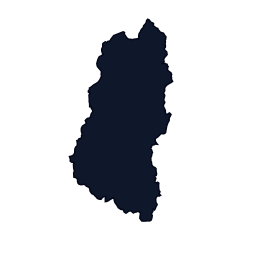 outline of Santa Tereza de Goiás, Goiás, Brazil, rotated 159°
{"feature_id": "56859067B61245198999160", "entity_name": "Santa Tereza de Goiás", "entity_type": "district", "adm_level": 2, "iso_a3": "BRA", "parent_name": "Brazil", "parent_adm1": "Goiás", "projection": "mercator", "projection_center": [-48.989, -13.559], "detail": "fine", "context": "isolated", "style": "filled", "palette": "ink", "viewbox_px": 256, "rotation_deg": 159, "n_neighbors": 0, "source": "geoboundaries", "source_scale": "gbopen_adm2", "svg_char_len": 3805}
<svg xmlns="http://www.w3.org/2000/svg" viewBox="0 0 256 256"><g transform="rotate(159 128 128)"><path d="M124.9,209.4L125.1,205.5L127.1,205.0L129.1,204.9L130.5,203.8L132.1,202.0L134.1,199.2L134.5,196.5L134.1,195.1L133.4,193.1L132.9,191.9L132.6,190.2L133.3,188.7L133.9,187.4L134.1,186.0L136.3,183.7L137.4,182.8L139.2,181.6L141.5,181.0L144.2,180.6L146.2,180.0L147.5,179.5L149.7,179.1L150.1,177.6L151.6,177.0L152.1,175.7L150.9,174.4L152.6,172.8L153.3,170.5L154.0,168.3L154.8,166.5L155.0,164.8L155.5,163.3L156.2,161.6L154.7,160.5L155.2,159.1L154.6,157.9L154.9,156.0L157.3,154.3L158.7,152.3L160.5,150.9L161.7,151.5L163.5,151.2L165.2,150.3L165.2,148.5L165.5,146.9L167.2,146.7L169.8,146.1L171.6,144.5L172.6,142.1L172.9,140.3L172.8,138.9L174.1,137.6L174.5,136.3L175.4,135.3L177.7,135.5L179.0,134.4L180.3,134.5L180.7,132.1L181.7,129.7L183.6,129.0L185.0,127.6L186.7,123.9L188.4,122.3L190.7,122.0L192.9,122.3L193.0,119.5L193.8,117.9L192.9,116.3L191.7,115.7L190.6,115.0L191.8,113.9L192.6,111.5L193.1,109.9L193.4,107.1L194.9,105.4L196.1,101.5L194.2,100.1L193.5,98.3L194.3,95.9L194.4,94.4L193.8,93.0L192.2,91.9L190.6,91.5L189.2,91.2L188.2,90.0L187.7,88.6L186.8,87.7L185.6,86.4L185.5,84.6L186.0,83.0L185.7,81.0L185.1,79.4L183.7,78.2L183.3,76.8L182.4,75.0L181.9,73.3L180.6,72.0L178.8,71.1L176.4,72.5L174.8,72.4L173.3,72.0L174.6,70.0L175.0,68.8L175.6,67.4L174.3,67.1L172.8,67.1L170.7,67.6L168.7,67.9L167.0,68.1L166.3,66.4L166.8,65.2L166.9,63.1L166.1,60.1L165.6,57.1L164.8,55.9L164.0,54.7L162.9,54.1L161.7,53.6L161.7,51.0L160.4,49.2L158.7,49.6L156.8,50.2L154.8,49.4L153.5,46.8L151.6,46.9L150.3,46.6L148.8,46.8L147.5,45.5L146.9,44.1L147.6,42.7L148.5,41.2L149.3,39.4L148.9,37.7L148.5,36.3L147.3,35.7L145.1,34.9L142.9,34.3L141.1,33.5L139.6,33.6L138.1,35.2L136.8,37.5L136.8,39.5L135.8,40.4L134.8,41.1L133.5,43.3L132.6,42.0L131.4,43.0L130.2,44.4L129.1,45.2L128.2,46.2L128.6,48.6L127.7,51.6L126.6,53.2L124.6,54.1L123.4,53.3L121.7,53.5L122.5,55.2L121.0,57.1L121.4,58.8L120.9,60.9L120.2,62.9L119.7,64.2L119.0,65.5L119.7,66.7L121.7,66.8L122.3,68.2L121.2,69.7L120.0,71.1L120.6,72.3L120.3,73.6L118.7,73.6L117.7,75.0L117.6,76.4L117.0,78.5L116.4,80.1L117.1,81.6L118.6,83.0L119.0,85.3L118.3,87.9L118.4,89.3L117.9,90.5L117.4,92.2L116.1,93.4L114.9,95.4L113.9,96.4L114.0,97.7L113.8,99.0L114.4,100.8L112.8,102.0L111.6,103.5L110.1,103.0L108.1,103.2L106.4,102.3L107.0,104.3L107.2,106.1L106.5,108.3L103.4,109.0L100.7,110.2L99.4,111.0L96.5,109.7L94.6,110.2L93.3,112.5L92.1,114.4L91.1,116.1L89.7,117.6L88.8,118.8L87.4,119.7L86.6,120.8L86.1,122.4L84.6,123.7L83.0,125.2L83.9,127.2L85.7,126.9L87.1,126.5L87.7,128.1L87.3,129.7L86.8,131.3L87.1,133.8L87.1,135.8L86.5,137.0L85.3,137.9L84.4,138.9L84.8,140.6L84.1,142.3L82.9,143.9L82.1,145.0L82.0,146.3L82.6,147.9L81.2,148.8L80.3,149.8L79.7,151.7L78.9,152.8L77.6,153.6L76.0,154.3L74.4,154.6L72.9,154.9L71.3,155.0L69.6,155.6L70.0,158.0L69.2,159.6L69.2,161.1L68.1,162.2L68.1,164.1L69.9,166.8L70.3,168.5L69.3,170.1L68.5,171.0L68.9,172.2L68.7,173.5L69.9,174.4L70.6,175.4L72.5,175.9L70.5,177.2L70.2,179.1L68.8,180.6L67.4,181.3L65.2,182.5L64.6,185.1L65.1,186.3L65.8,187.6L65.6,189.2L64.2,190.0L63.4,191.9L63.3,193.3L62.2,194.9L62.0,196.4L60.9,197.6L59.9,199.6L60.6,201.7L60.9,203.8L62.1,204.7L63.6,206.0L64.0,207.5L64.6,208.9L64.5,210.3L65.8,211.3L66.5,212.5L67.7,214.4L66.7,216.5L67.9,217.9L69.0,218.9L69.3,221.0L70.6,222.5L72.2,221.6L73.1,220.0L74.9,218.7L76.7,217.9L77.7,216.3L79.4,215.6L81.2,214.4L82.0,213.3L83.2,212.6L84.2,211.6L85.0,210.0L86.1,207.6L88.0,208.1L90.4,208.7L92.4,209.0L93.8,209.9L95.5,210.5L96.8,212.6L97.2,214.3L97.6,215.9L97.7,217.3L97.0,218.4L98.0,219.5L108.2,219.4L110.0,218.3L111.5,217.5L112.7,216.5L114.2,215.6L115.6,216.1L117.0,215.3L118.3,216.6L119.8,216.3L121.1,215.9L121.8,214.7L122.5,212.8L124.2,211.2L124.9,209.4Z" fill="#0f172a" stroke="#020617" stroke-width="1.5"/></g></svg>